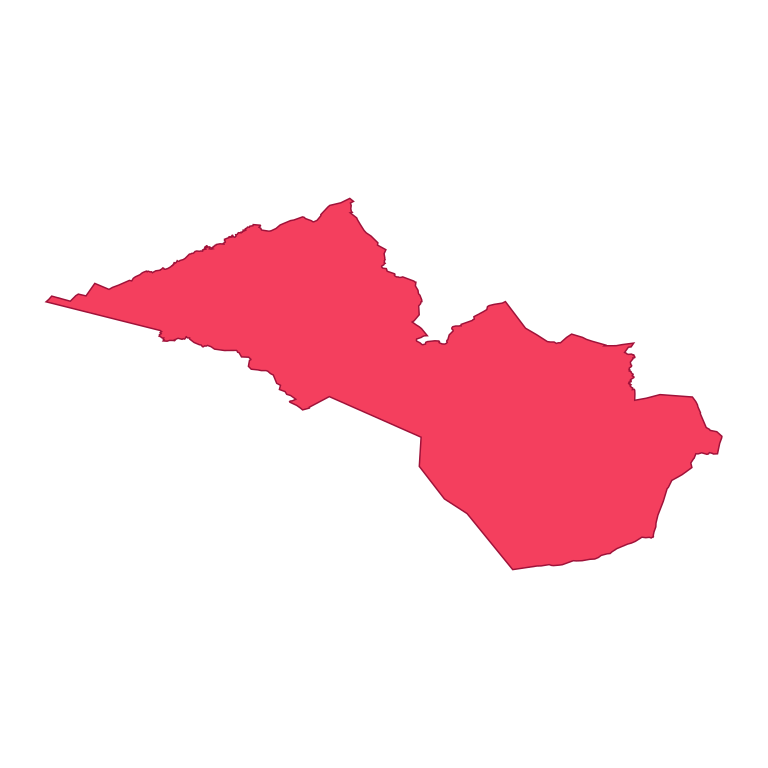 Eglaines pag., Ilukstes, Latvia
{"feature_id": "27541924B72731391973761", "entity_name": "Eglaines pag.", "entity_type": "district", "adm_level": 2, "iso_a3": "LVA", "parent_name": "Latvia", "parent_adm1": "Ilukstes", "projection": "equal_earth", "projection_center": [26.014, 55.971], "detail": "fine", "context": "isolated", "style": "filled", "palette": "rose", "viewbox_px": 768, "rotation_deg": 0, "n_neighbors": 0, "source": "geoboundaries", "source_scale": "gbopen_adm2", "svg_char_len": 6100}
<svg xmlns="http://www.w3.org/2000/svg" viewBox="0 0 768 768"><path d="M571.6,334.1L566.6,337.4L560.5,342.8L558.3,342.8L556.3,343.4L554.1,342.0L550.4,342.0L547.4,341.6L536.8,334.8L525.5,328.2L505.4,301.6L502.3,303.1L494.0,304.4L489.2,305.6L487.5,306.6L486.8,309.6L483.3,311.7L473.9,316.7L474.3,319.1L472.9,319.7L472.4,320.4L461.1,324.4L461.1,325.8L460.6,325.7L458.7,326.0L455.8,326.0L452.8,326.7L452.0,327.6L451.8,328.4L452.0,329.1L453.0,330.0L453.2,330.9L449.2,334.9L447.8,339.8L447.1,340.2L446.7,341.1L447.2,342.5L446.1,343.5L444.6,344.1L442.0,343.9L439.2,342.7L439.0,342.2L439.4,341.7L438.9,341.0L434.8,340.8L427.4,341.6L425.7,342.4L425.5,344.0L422.8,344.7L421.9,344.5L420.0,342.8L416.8,341.2L416.4,340.5L416.6,339.0L421.3,337.4L422.8,336.4L424.5,335.8L427.3,335.7L421.5,328.6L419.0,326.6L416.5,325.1L412.2,322.0L414.1,320.8L419.2,314.8L418.7,305.9L420.6,303.7L421.0,301.9L421.9,301.6L421.7,299.8L419.9,295.2L418.8,294.1L418.4,293.2L418.0,290.3L415.4,285.9L415.9,282.2L414.7,281.9L413.9,281.1L402.7,276.9L401.0,277.4L399.0,277.4L398.1,276.9L396.7,277.0L395.1,276.1L394.4,275.1L394.9,274.3L394.6,273.8L387.6,271.4L386.8,270.7L386.9,270.1L386.3,268.6L383.0,268.2L382.0,267.5L381.6,266.5L381.9,265.9L383.8,264.8L384.3,263.7L385.1,263.4L384.3,262.4L384.5,262.2L384.3,260.7L385.0,259.9L385.1,259.4L384.7,258.8L384.8,257.9L384.1,253.7L385.9,249.7L377.5,245.1L377.9,242.8L371.1,236.1L366.3,232.9L364.1,230.5L360.1,224.2L357.5,219.8L356.7,217.9L350.2,212.8L352.2,212.3L351.3,211.3L350.8,208.7L351.2,205.5L350.4,203.0L353.5,201.4L349.8,198.4L340.8,202.8L329.8,205.4L327.9,207.0L320.8,214.6L320.9,215.7L317.0,220.4L313.8,221.8L313.0,221.8L311.3,220.7L305.5,218.6L304.1,217.3L302.5,216.9L293.9,220.0L290.5,220.6L283.6,223.5L280.1,225.0L276.0,228.5L271.1,230.8L269.0,231.2L261.8,230.1L261.2,229.5L260.9,228.4L259.0,227.2L260.5,225.8L260.2,225.2L253.2,224.6L253.0,225.7L249.8,226.2L249.4,227.2L247.5,227.1L246.5,228.4L245.5,228.6L245.1,229.1L245.8,230.1L244.4,230.8L244.0,230.7L243.8,230.1L243.1,230.2L243.4,231.2L242.7,231.5L242.4,232.1L241.1,232.1L241.1,232.8L238.5,232.7L238.0,233.1L237.3,234.3L236.6,234.7L235.7,234.7L236.0,236.1L234.9,237.2L234.2,237.2L232.9,236.0L232.6,235.3L232.2,235.3L231.7,236.0L231.9,236.1L232.0,237.0L230.2,237.2L230.0,236.7L229.6,236.7L228.9,237.0L229.1,237.5L224.5,239.3L224.7,240.1L224.5,240.7L225.0,240.9L225.3,242.1L223.4,243.3L223.8,244.1L220.1,243.8L216.3,244.5L216.1,245.0L215.0,245.3L214.7,246.0L213.4,246.5L213.5,247.0L211.6,247.9L211.6,248.2L212.7,248.8L211.1,249.1L209.3,248.8L210.2,247.4L209.8,246.9L207.5,247.0L207.2,246.0L206.5,245.8L206.2,246.3L205.2,246.7L204.9,247.3L206.5,247.6L205.5,248.2L204.9,247.9L204.5,248.4L205.5,249.2L203.0,249.7L202.6,250.0L202.8,250.6L202.6,251.1L200.5,251.0L199.5,251.3L196.7,251.0L195.0,251.5L194.0,252.7L193.2,253.3L191.6,253.4L190.7,254.0L189.4,254.1L185.1,258.4L183.1,259.6L180.0,260.5L179.2,261.2L177.9,261.3L177.2,260.7L176.6,261.9L175.6,263.0L174.2,262.6L173.9,263.1L174.1,263.3L174.0,264.0L173.0,264.5L173.1,265.0L172.4,265.7L171.8,265.7L170.7,266.8L167.8,268.5L165.2,269.3L164.2,269.2L164.0,268.5L162.9,267.9L161.3,269.4L160.4,269.7L160.2,270.2L155.8,270.8L152.4,272.7L151.5,271.8L150.0,271.9L148.4,271.2L147.6,271.3L147.1,271.8L146.4,271.1L143.3,272.3L141.7,273.2L140.0,274.7L135.4,276.8L133.3,278.3L131.7,280.9L129.4,280.4L118.7,285.1L112.5,287.4L109.0,289.4L94.8,283.4L86.0,295.9L78.3,294.1L75.8,295.7L70.3,301.2L51.7,296.1L48.9,299.3L46.1,301.8L160.2,330.5L161.6,331.6L160.2,332.5L161.2,333.7L159.5,334.5L159.7,335.4L159.1,336.1L160.5,336.7L162.2,338.0L163.7,338.0L163.2,339.1L164.1,339.8L163.2,340.9L167.1,341.2L169.6,340.4L173.4,340.5L174.0,340.1L174.0,340.6L174.6,340.7L176.1,339.1L178.1,338.3L182.1,339.3L183.2,338.7L184.4,339.1L185.0,338.8L186.1,336.8L186.4,336.7L186.8,337.4L187.7,337.9L189.6,337.9L189.7,339.1L194.1,342.5L199.3,344.7L201.1,345.0L202.5,346.7L203.3,346.8L204.6,345.9L206.1,346.1L207.5,345.4L211.1,346.7L214.5,349.1L224.4,350.5L236.4,350.4L237.2,351.1L237.6,352.2L239.1,352.7L241.5,356.9L248.7,357.2L250.9,359.3L250.8,359.7L249.5,360.3L248.4,366.3L251.2,369.2L258.0,369.9L261.3,370.6L266.1,370.6L267.8,371.2L270.5,373.6L273.3,375.0L276.7,383.3L280.5,385.3L279.4,389.5L285.1,391.6L286.7,394.3L290.6,395.5L295.8,399.2L292.4,400.8L290.1,401.1L289.6,401.6L289.9,402.2L296.7,405.4L300.1,407.8L302.6,409.9L309.3,408.1L309.5,407.9L309.3,407.2L329.3,396.6L421.1,437.2L419.3,466.4L444.4,498.9L467.1,513.6L512.7,569.6L537.0,566.0L541.1,565.9L549.2,564.6L551.5,565.4L553.5,565.6L559.3,565.1L562.3,564.7L573.3,560.7L576.3,560.9L582.1,560.7L589.9,559.3L594.8,559.0L598.4,557.5L601.2,555.4L607.1,553.8L610.1,553.5L612.0,551.8L616.9,548.6L627.6,544.1L631.3,543.1L635.3,541.4L641.9,537.2L645.8,537.7L649.3,537.3L651.2,538.0L652.4,537.1L652.9,537.3L653.4,536.7L653.3,535.2L654.0,531.9L655.8,526.9L656.0,523.0L657.9,515.2L663.3,501.3L667.1,488.7L668.4,487.3L671.8,480.4L682.2,474.6L691.9,467.5L690.8,463.0L693.6,458.7L694.1,458.3L695.9,453.7L698.0,453.9L701.7,452.8L706.9,454.3L708.5,453.9L709.4,452.6L712.5,453.4L713.3,454.0L717.5,453.8L719.7,443.3L721.7,437.9L721.9,436.3L716.8,431.7L710.2,430.4L709.5,429.4L706.2,427.5L700.3,413.7L700.5,412.8L697.9,406.8L697.4,404.7L695.8,401.6L692.4,397.0L660.0,394.6L646.3,398.2L634.7,400.3L634.9,393.9L634.7,390.2L634.3,389.4L632.4,389.6L632.8,388.5L632.6,387.9L631.6,387.5L630.1,385.9L631.0,384.8L629.7,384.4L628.6,383.5L628.7,383.1L629.7,383.3L630.0,383.1L629.8,382.7L629.2,382.4L629.2,382.0L631.1,381.6L631.0,381.3L630.5,380.7L630.9,380.5L630.4,380.0L630.5,379.7L633.9,377.5L633.8,376.7L632.2,375.8L633.1,374.6L633.0,374.1L632.2,373.7L631.2,372.5L631.0,371.6L629.2,371.0L629.2,370.6L629.9,370.0L629.0,369.2L629.3,368.9L629.4,367.9L631.3,366.6L631.6,366.0L631.6,365.3L630.6,364.4L630.7,363.4L630.4,362.9L630.4,362.0L633.0,358.8L632.8,358.0L634.6,357.7L634.9,357.2L634.4,356.1L633.6,355.6L633.9,355.2L633.7,354.8L633.0,354.8L631.4,354.1L628.4,354.4L627.1,354.0L625.8,352.9L624.6,352.5L628.4,347.2L631.1,346.9L633.7,343.1L622.2,344.6L616.2,345.7L604.3,345.8L605.4,345.0L592.0,341.2L586.5,339.4L582.6,337.4L571.6,334.1Z" fill="#f43f5e" stroke="#9f1239" stroke-width="1.5"/></svg>